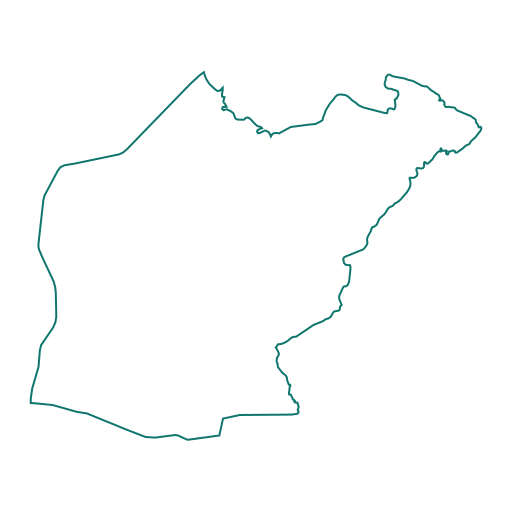 the Province of Ninawa
{"feature_id": "IRQ-3051", "entity_name": "Ninawa", "entity_type": "Province", "adm_level": 1, "iso_a3": "IRQ", "parent_name": "Iraq", "parent_adm1": "", "projection": "robinson", "projection_center": [43.286, 36.005], "detail": "fine", "context": "isolated", "style": "outline", "palette": "teal", "viewbox_px": 512, "rotation_deg": 0, "n_neighbors": 0, "source": "natural_earth", "source_scale": "10m", "svg_char_len": 6003}
<svg xmlns="http://www.w3.org/2000/svg" viewBox="0 0 512 512"><path d="M42.6,257.9L39.0,249.4L38.4,246.4L38.5,243.5L43.4,199.9L44.7,195.2L57.6,171.0L60.5,167.1L64.8,165.2L74.2,163.7L119.0,154.4L122.9,152.6L126.7,149.5L190.1,84.1L199.4,75.5L203.9,72.2L204.9,75.9L206.8,80.0L209.3,83.8L214.7,89.0L217.3,90.9L219.8,90.8L222.7,87.7L222.7,90.3L222.0,93.8L222.1,96.6L224.5,97.2L223.4,101.0L223.7,102.6L225.0,103.9L226.5,106.8L222.8,107.0L222.1,108.9L223.6,110.2L226.5,109.2L231.0,111.4L233.4,113.2L235.4,118.5L237.7,119.6L243.8,119.7L244.5,119.4L245.1,118.6L245.9,117.8L247.2,117.5L248.9,117.9L250.2,118.8L254.6,123.6L257.1,125.8L258.4,126.4L259.6,126.6L260.7,126.9L262.0,128.2L258.8,129.4L257.4,130.4L257.1,131.7L258.0,133.2L259.6,133.1L264.6,130.6L265.8,130.7L267.9,131.7L269.0,132.6L269.7,133.8L270.9,136.5L272.1,134.4L273.5,133.4L275.2,133.0L277.3,133.0L279.0,133.4L290.8,127.0L309.7,124.5L315.5,124.0L320.3,121.6L322.5,120.1L323.1,117.4L324.4,114.3L325.7,110.4L329.9,103.6L334.3,98.4L335.4,96.7L337.4,95.1L339.7,94.4L345.2,95.0L347.4,96.1L349.7,97.9L351.6,99.9L355.9,102.9L358.5,105.2L363.1,107.4L384.0,112.8L386.1,113.2L387.0,113.2L387.4,112.4L387.6,111.5L387.6,110.5L387.8,109.7L388.3,109.0L389.3,108.5L390.6,108.3L393.1,109.1L393.6,109.4L394.1,109.4L394.6,108.9L395.3,106.9L395.4,105.8L395.5,104.9L395.3,104.3L395.2,103.8L395.2,102.9L395.1,102.5L395.1,101.5L395.0,100.9L394.7,99.9L394.8,99.5L395.6,99.2L396.2,98.8L396.9,98.0L398.1,95.6L398.4,94.8L398.4,94.0L398.3,93.1L398.1,92.3L397.8,91.5L397.3,90.9L396.5,90.6L395.6,90.4L393.2,89.7L392.0,89.0L390.9,88.8L388.8,88.7L388.0,88.5L387.3,88.1L385.8,87.1L385.4,86.5L385.2,86.0L385.2,85.6L384.7,84.7L384.7,84.2L384.7,83.6L384.7,83.0L385.1,81.7L385.6,80.3L385.8,78.8L385.8,78.2L385.9,77.7L386.6,76.3L387.0,75.7L387.7,75.1L388.2,74.7L388.6,74.6L389.3,74.6L389.9,74.8L392.5,76.2L394.1,76.6L404.2,78.4L408.3,79.9L412.8,80.9L422.0,85.8L425.3,86.5L426.1,86.3L426.9,86.5L427.7,87.1L430.9,90.1L433.8,91.8L435.8,93.4L437.6,94.3L438.5,95.0L439.3,96.0L439.4,96.9L439.8,97.7L440.5,98.9L440.4,99.3L440.1,99.6L439.5,99.7L439.1,100.0L439.1,100.3L439.4,100.6L441.8,100.5L442.3,100.4L442.9,100.6L443.5,101.1L444.4,102.5L444.5,103.3L444.4,104.0L444.2,104.5L444.3,104.9L445.5,106.8L446.0,107.1L447.1,107.0L447.8,106.8L448.4,106.8L449.7,107.1L454.0,107.5L454.5,107.7L455.2,108.1L455.7,109.0L456.4,109.8L457.4,110.5L471.0,116.2L473.5,118.1L474.7,118.8L475.5,119.5L475.7,120.2L475.9,121.7L476.0,122.5L477.5,124.0L478.0,125.3L478.8,127.3L479.2,127.4L479.5,127.3L479.9,127.0L480.2,126.8L480.6,126.9L480.9,127.2L481.2,127.7L481.3,128.3L481.2,129.2L480.5,130.7L475.4,137.3L471.3,140.9L469.0,144.3L466.6,145.2L465.5,145.9L461.6,149.4L459.1,150.9L457.2,152.4L455.7,152.7L455.2,152.4L455.0,151.9L455.0,151.4L454.8,151.1L454.3,150.8L453.5,150.6L452.7,150.5L452.0,150.8L450.5,151.4L450.0,151.5L449.5,151.4L449.0,151.6L448.6,152.0L448.4,153.0L448.3,153.6L448.1,154.2L447.6,154.5L446.7,154.2L446.2,153.7L446.1,153.0L446.2,152.3L446.5,151.7L446.7,151.1L446.6,150.7L446.3,150.5L445.6,150.5L445.0,150.6L444.2,150.9L443.5,150.9L442.8,150.8L442.2,150.5L441.8,150.0L441.6,149.5L441.4,148.9L441.2,148.5L440.9,148.4L440.5,148.7L440.5,149.6L440.7,150.2L441.2,151.0L441.0,151.5L440.3,151.5L439.9,151.4L439.5,151.1L438.7,151.5L437.5,152.4L433.9,156.5L433.3,158.0L432.9,158.7L432.3,159.5L430.9,160.6L429.9,161.9L427.9,163.4L427.0,163.7L426.3,163.5L425.9,162.9L425.4,162.4L425.0,162.0L424.5,162.1L424.2,162.6L424.0,163.8L424.1,165.9L423.8,167.0L423.2,168.0L421.9,168.4L421.0,168.5L417.3,168.0L416.7,168.4L416.4,169.1L416.5,170.8L416.8,171.6L417.1,172.2L417.3,172.8L417.4,173.4L417.4,174.2L417.2,175.1L416.7,175.9L415.4,177.0L414.2,177.6L413.2,177.9L412.1,177.9L410.5,177.7L410.0,177.7L409.6,178.1L409.5,178.8L410.1,180.4L410.4,182.0L410.5,184.5L409.5,188.0L407.0,192.1L401.0,199.1L398.7,201.3L396.0,202.9L394.9,203.4L392.8,205.8L389.6,207.2L388.4,208.2L387.3,209.7L385.6,212.6L384.3,214.3L379.7,218.3L379.0,219.5L378.2,221.5L376.6,224.9L373.7,226.9L372.5,227.1L372.0,227.6L371.3,229.2L371.0,230.4L370.6,231.5L367.5,237.2L367.2,238.6L367.1,239.8L367.4,243.2L367.2,244.0L366.8,244.9L364.7,247.9L363.2,249.4L344.4,257.0L343.2,258.8L344.1,263.2L345.7,264.8L348.0,265.1L349.9,265.1L350.4,266.3L350.4,269.5L349.1,281.6L347.6,285.1L346.5,286.1L345.4,286.4L344.3,286.3L343.5,286.8L342.8,288.0L339.6,295.0L339.1,297.0L339.2,298.5L339.4,299.5L341.7,305.0L340.3,306.3L339.5,310.1L338.0,310.8L336.1,311.0L334.0,311.6L332.9,313.0L330.7,316.8L328.7,318.3L325.9,319.1L323.1,321.1L313.6,324.9L296.1,336.7L293.6,336.9L292.4,337.2L291.0,338.1L287.6,340.9L285.8,342.1L281.7,343.9L281.2,343.9L280.8,343.9L280.6,344.0L280.3,344.1L280.0,344.2L279.6,344.2L279.0,344.2L278.5,344.1L278.1,344.3L277.6,344.8L277.2,345.5L276.7,346.5L276.2,346.9L275.9,347.2L275.8,347.5L277.1,349.5L278.6,352.8L278.9,354.0L278.6,355.1L277.8,356.6L277.2,357.5L277.0,358.0L276.6,360.3L276.7,361.5L277.0,362.8L277.7,363.9L277.7,366.2L278.1,367.3L282.0,372.4L283.1,373.4L285.4,375.2L286.1,376.0L286.8,377.3L286.9,378.6L287.1,379.9L288.7,384.4L289.0,384.8L289.4,385.0L289.7,384.9L290.0,384.7L290.2,384.8L290.3,385.2L290.3,386.1L289.7,387.4L289.4,388.5L289.5,389.7L289.0,392.6L288.9,393.8L289.1,394.3L289.2,394.5L289.5,394.6L289.8,394.5L290.2,394.5L290.9,394.7L291.4,396.0L292.5,398.1L292.7,399.1L292.9,399.4L293.3,399.6L293.7,399.7L293.9,399.9L293.9,400.5L294.1,400.8L294.4,400.9L294.8,400.8L294.9,401.1L294.9,401.5L294.6,401.9L294.6,402.2L294.9,402.4L295.4,402.5L296.0,402.5L296.5,402.6L296.8,402.6L297.4,402.6L297.6,402.8L297.9,404.4L298.1,404.9L298.2,405.3L298.5,406.4L298.7,407.0L298.4,407.9L297.7,409.8L297.8,410.2L298.3,411.0L298.6,411.8L298.4,412.9L296.8,413.9L291.4,414.6L239.7,415.0L223.0,418.6L219.3,435.5L187.6,439.8L183.2,437.9L178.1,435.5L175.5,435.0L155.1,437.6L145.6,437.0L126.4,429.6L86.8,413.4L77.0,411.9L52.6,405.0L33.9,403.2L30.8,403.1L30.7,399.1L32.2,388.5L38.5,367.0L39.9,350.1L41.2,344.9L41.3,344.9L53.1,327.5L55.4,322.3L56.3,316.8L55.8,292.9L55.2,287.2L53.7,281.6L42.6,257.9Z" fill="none" stroke="#0f766e" stroke-width="2"/></svg>